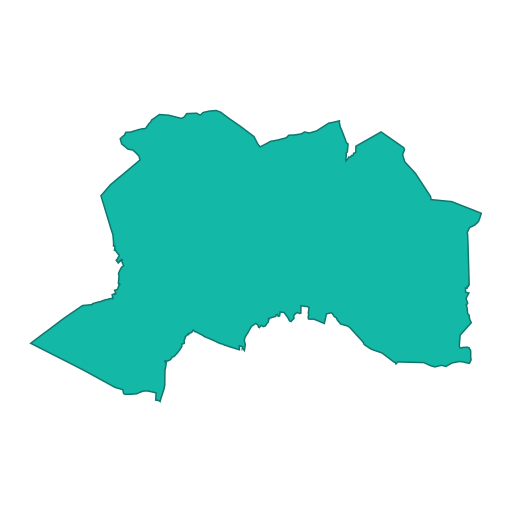 outline of Huandacareo, Michoacán, Mexico
{"feature_id": "50627088B50995468211196", "entity_name": "Huandacareo", "entity_type": "district", "adm_level": 2, "iso_a3": "MEX", "parent_name": "Mexico", "parent_adm1": "Michoacán", "projection": "robinson", "projection_center": [-101.283, 19.994], "detail": "fine", "context": "isolated", "style": "filled", "palette": "teal", "viewbox_px": 512, "rotation_deg": 0, "n_neighbors": 0, "source": "geoboundaries", "source_scale": "gbopen_adm2", "svg_char_len": 5575}
<svg xmlns="http://www.w3.org/2000/svg" viewBox="0 0 512 512"><path d="M125.8,132.3L125.0,133.8L125.0,134.7L122.4,136.7L120.2,138.8L121.7,144.0L125.4,146.9L127.8,149.1L130.9,149.7L132.7,150.0L135.6,152.5L138.8,155.9L140.1,159.9L121.4,175.6L117.7,178.6L110.5,184.7L100.9,195.8L103.8,205.1L109.9,225.3L110.5,227.4L112.9,234.7L113.6,243.1L113.5,246.0L114.2,246.1L114.8,246.1L114.9,247.0L114.7,249.2L114.8,249.5L114.4,250.1L116.1,251.0L116.1,251.4L118.1,254.0L119.1,255.1L118.9,256.4L118.2,257.3L117.1,259.4L116.2,260.3L118.3,263.0L119.4,261.8L119.5,261.1L120.2,261.2L121.2,259.4L122.3,259.9L121.7,261.2L123.6,265.7L121.5,267.3L120.2,269.7L120.1,269.9L118.8,272.7L118.5,273.6L119.0,276.1L119.0,276.7L118.5,281.6L118.4,283.6L118.8,284.1L119.5,283.9L119.9,284.5L119.1,285.1L117.7,288.6L117.5,289.0L116.8,289.8L114.6,290.2L115.7,292.9L115.8,293.5L114.6,294.3L114.4,293.8L112.1,294.7L112.8,298.2L112.6,298.2L112.4,298.3L112.5,298.7L112.4,298.7L112.1,298.4L109.7,298.7L108.8,298.9L108.4,299.4L108.2,299.3L105.6,299.7L103.6,300.4L103.3,300.4L100.6,301.6L100.1,301.7L99.5,301.8L98.9,301.8L98.0,302.1L92.5,303.7L92.3,304.6L82.6,305.5L71.0,313.4L62.8,319.1L48.4,330.0L45.7,332.0L43.2,333.8L33.6,341.1L30.7,343.3L49.6,352.9L67.4,361.9L77.0,366.8L84.7,370.8L114.8,387.3L122.8,389.7L123.6,393.5L124.7,394.1L125.2,394.4L127.9,394.3L129.9,394.3L133.9,394.0L134.2,394.0L137.0,393.7L138.3,393.0L139.6,392.4L140.8,392.0L143.2,391.1L145.3,391.0L145.5,391.0L147.1,390.9L151.1,391.7L156.1,392.9L156.1,393.1L155.7,400.1L156.5,400.2L158.2,400.5L159.6,401.0L160.1,401.5L161.3,397.2L162.6,393.4L164.0,388.9L164.3,387.6L164.6,386.3L164.8,384.2L164.8,380.0L165.0,370.0L165.4,368.6L166.0,365.2L166.0,364.7L166.3,362.5L165.3,362.2L165.2,362.1L164.9,361.3L165.1,360.7L165.5,360.6L166.3,360.8L167.3,361.1L167.5,361.1L167.8,361.0L168.3,360.7L169.5,360.2L169.9,360.0L171.6,358.3L171.8,357.7L172.0,357.2L173.0,356.7L173.5,356.6L173.9,356.6L174.1,356.4L174.4,356.1L174.9,355.7L175.1,355.4L176.4,354.0L177.0,353.4L177.3,353.0L179.6,350.1L180.4,348.8L181.9,346.5L181.8,345.7L181.7,344.9L181.6,344.1L182.9,343.9L183.5,343.7L184.1,343.5L184.4,343.0L184.1,341.1L184.1,340.8L184.2,340.5L184.6,339.4L185.4,337.2L185.3,336.6L185.5,336.5L187.6,334.7L188.5,334.6L188.3,333.9L188.7,333.8L188.6,333.6L190.2,333.1L191.9,332.2L192.9,330.2L193.6,330.0L194.0,330.9L195.0,331.7L195.4,331.9L195.8,331.7L196.9,332.3L199.5,333.7L203.6,335.8L203.8,336.3L207.2,337.7L211.4,339.5L215.4,341.3L218.8,343.0L219.9,343.2L220.2,343.6L222.4,344.0L224.4,345.1L224.7,345.1L232.5,347.7L232.9,347.7L239.4,349.8L239.4,346.3L239.3,345.8L242.6,346.7L242.3,348.4L242.3,348.6L242.6,348.1L244.4,350.5L245.3,344.8L244.3,340.0L245.3,336.8L245.5,336.5L247.2,333.8L248.4,331.9L248.7,331.2L251.0,327.2L251.2,326.8L251.6,326.3L254.0,324.6L255.9,323.4L257.8,324.9L258.6,327.2L259.4,327.6L260.4,326.1L261.2,325.3L263.2,326.6L265.4,325.9L267.0,323.4L268.0,322.5L268.6,321.0L268.5,319.2L269.2,319.0L268.8,318.4L275.7,316.4L276.3,314.8L277.4,314.5L278.2,316.3L279.6,315.9L280.1,312.0L284.1,312.5L287.9,317.7L289.2,320.4L290.0,321.2L291.1,321.5L291.7,320.7L292.4,320.0L294.0,318.5L293.7,316.0L294.5,314.6L296.1,313.2L297.5,312.5L299.6,313.5L300.8,313.2L301.0,305.7L305.0,306.4L307.2,306.6L309.0,307.3L308.3,313.3L308.7,314.6L308.3,316.2L308.2,317.4L308.5,319.0L311.3,319.2L313.6,319.1L317.0,320.4L324.3,323.5L326.5,313.8L327.7,313.6L330.8,312.8L332.1,313.2L334.2,316.5L336.4,317.8L337.3,320.0L338.0,320.9L340.1,323.3L340.4,323.9L341.2,324.2L343.3,324.8L343.6,324.9L347.3,325.9L349.5,327.2L355.1,333.3L356.5,334.9L360.7,339.4L363.2,342.3L364.2,344.5L368.8,347.6L370.7,348.9L373.6,350.1L381.9,352.9L389.5,358.6L393.7,361.9L395.2,362.4L396.0,363.9L397.9,361.9L404.3,362.1L407.5,362.2L415.9,362.4L424.0,362.6L430.8,365.8L434.9,366.9L438.6,366.0L441.7,365.3L446.1,366.5L447.6,365.4L452.3,362.9L459.3,361.5L463.2,361.9L466.8,362.9L469.4,363.3L471.1,359.9L471.0,359.0L470.8,357.8L470.7,356.8L470.7,352.0L470.6,350.7L470.3,349.8L469.9,349.5L469.2,347.9L468.2,347.5L466.7,347.1L465.9,347.3L463.5,347.4L463.1,347.4L462.3,347.5L461.8,347.8L461.0,348.1L460.8,348.0L460.5,348.0L459.9,347.7L459.3,345.9L460.1,335.2L465.9,328.7L471.3,322.7L470.8,321.6L469.7,319.3L469.1,315.1L467.6,313.5L467.2,308.6L466.3,304.5L467.1,304.2L467.2,303.8L467.7,303.1L466.0,298.4L468.9,293.0L465.6,292.3L465.6,291.6L465.5,288.0L467.1,288.2L467.4,286.5L468.3,286.5L468.5,285.0L469.1,285.0L469.1,282.1L468.1,247.0L467.7,237.0L467.6,234.3L467.2,232.6L467.7,231.6L469.5,227.6L474.9,225.0L478.4,221.6L479.5,219.0L481.3,213.3L476.8,211.5L451.7,201.6L431.1,199.6L430.5,196.4L425.6,188.9L415.3,173.2L404.8,161.9L402.6,154.8L404.5,149.7L403.8,147.8L399.5,144.7L384.8,134.5L381.1,131.9L375.3,135.2L364.2,141.5L355.9,146.2L355.8,152.1L355.8,152.5L353.6,153.3L353.1,155.4L351.7,155.5L350.1,157.3L348.9,157.0L347.8,158.8L345.9,160.9L345.7,159.5L346.2,156.7L346.3,155.1L346.1,153.0L347.3,152.0L348.1,144.0L346.3,142.5L345.0,138.7L342.0,130.9L340.3,127.0L339.4,122.7L339.4,120.8L332.4,122.5L329.0,123.0L327.4,124.0L316.6,130.9L309.5,133.0L304.5,132.0L301.3,133.9L294.0,135.0L288.8,135.2L286.2,137.8L277.7,140.0L273.1,140.9L270.7,141.3L265.7,144.0L260.1,146.9L257.8,144.0L257.3,143.0L255.1,138.8L253.9,136.5L240.1,126.1L229.8,119.0L227.3,117.2L220.7,112.2L216.2,110.5L211.3,110.9L208.8,111.2L205.6,111.9L202.9,112.6L201.0,114.7L199.0,114.7L196.8,113.2L186.7,113.6L184.1,117.1L181.3,118.4L176.6,117.2L168.6,115.2L159.4,114.5L155.9,117.1L151.7,119.9L150.6,122.1L149.0,123.5L147.3,126.0L145.5,128.5L142.2,128.8L138.7,129.6L137.4,130.0L130.3,132.1L125.8,132.3Z" fill="#14b8a6" stroke="#0f766e" stroke-width="1.5"/></svg>